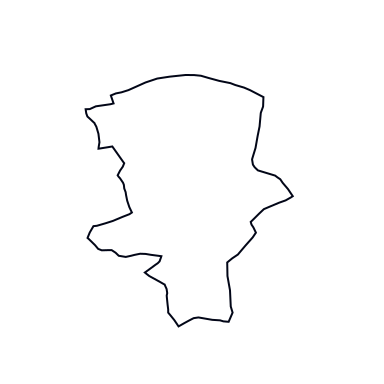 the district of Derbendikhan, As-Sulaymaniyah, Iraq, rotated 326°
{"feature_id": "34846034B22464020679662", "entity_name": "Derbendikhan", "entity_type": "district", "adm_level": 2, "iso_a3": "IRQ", "parent_name": "Iraq", "parent_adm1": "As-Sulaymaniyah", "projection": "mercator", "projection_center": [45.71, 35.186], "detail": "fine", "context": "isolated", "style": "outline", "palette": "ink", "viewbox_px": 384, "rotation_deg": 326, "n_neighbors": 0, "source": "geoboundaries", "source_scale": "gbopen_adm2", "svg_char_len": 2095}
<svg xmlns="http://www.w3.org/2000/svg" viewBox="0 0 384 384"><g transform="rotate(326 192 192)"><path d="M113.2,263.6L112.5,264.8L108.8,271.7L106.6,276.0L104.8,278.7L105.2,282.4L105.7,288.3L105.7,295.9L112.3,296.4L117.6,296.9L122.8,297.5L127.2,299.6L137.3,309.3L143.5,314.1L145.7,316.8L149.8,320.1L158.2,314.7L160.1,308.6L168.5,294.8L174.4,281.5L181.8,270.1L188.2,269.5L195.2,269.5L196.1,269.2L206.4,266.3L216.9,263.6L221.8,261.6L222.2,261.5L222.3,261.1L223.1,255.6L223.1,252.3L223.8,250.1L224.0,249.6L224.3,249.6L229.7,248.6L235.4,247.5L242.0,246.4L247.7,247.5L258.3,249.6L264.9,251.3L271.0,251.8L272.8,251.8L273.2,251.8L273.2,251.3L273.2,247.5L273.2,243.2L272.3,235.1L272.3,230.8L271.0,227.6L270.1,224.9L266.6,220.6L263.5,216.8L258.7,210.9L257.8,206.6L257.8,203.4L259.9,198.8L260.0,198.6L260.3,198.3L269.3,191.0L277.6,182.4L284.7,175.4L285.1,174.9L293.0,165.2L293.5,164.7L298.6,161.0L298.7,160.9L299.1,160.4L303.9,153.8L304.3,153.3L297.0,139.9L293.5,134.5L287.7,127.5L284.7,123.2L276.7,115.1L269.3,106.5L264.4,100.6L259.2,96.3L252.1,91.4L238.0,83.9L226.6,78.5L214.7,75.2L196.3,72.0L189.2,69.9L184.0,67.7L179.2,66.7L178.7,66.6L176.5,74.7L173.4,73.6L160.2,67.2L153.6,66.1L150.1,63.9L148.3,67.7L147.7,70.1L147.5,70.9L147.7,71.8L148.3,74.2L149.5,79.6L149.7,80.1L149.5,81.3L149.2,84.4L147.0,91.4L143.1,99.0L139.7,102.6L138.7,103.8L139.7,104.3L147.9,108.1L151.4,109.7L151.8,128.5L151.9,130.2L148.8,132.3L144.4,134.0L139.7,136.6L139.7,138.3L140.0,140.4L140.0,142.1L140.0,144.1L140.0,145.8L139.5,148.0L137.8,151.2L136.9,155.0L135.6,157.7L133.4,163.0L131.6,169.5L130.7,175.4L127.7,175.4L120.6,173.8L110.1,171.7L102.6,169.5L94.2,166.8L91.2,165.2L84.6,168.4L80.1,171.4L79.7,171.7L80.1,173.1L81.9,181.9L82.4,186.7L84.6,189.9L89.8,193.2L92.9,195.3L94.7,199.6L95.6,203.9L100.8,208.8L106.1,210.9L109.2,212.0L114.5,214.2L118.9,217.4L122.8,221.1L129.7,227.2L130.7,228.1L129.7,228.9L126.3,231.4L123.7,231.9L121.1,231.9L108.4,232.4L107.9,232.4L108.4,234.1L109.6,237.8L115.4,249.1L117.3,253.0L117.6,253.4L117.3,254.7L116.7,258.2L114.9,262.0L113.2,263.6Z" fill="none" stroke="#020617" stroke-width="2"/></g></svg>